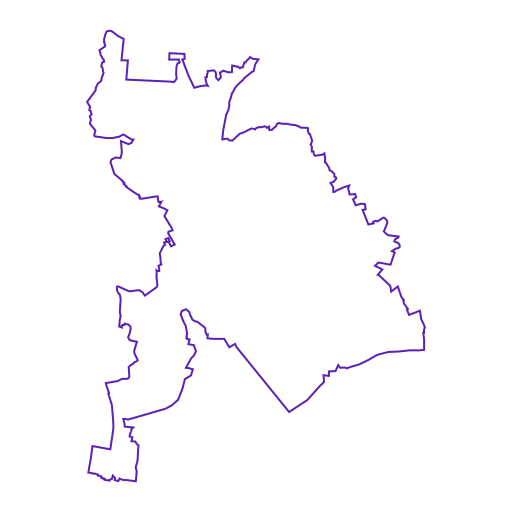 the district of Uriangato, Guanajuato, Mexico
{"feature_id": "50627088B85486599986999", "entity_name": "Uriangato", "entity_type": "district", "adm_level": 2, "iso_a3": "MEX", "parent_name": "Mexico", "parent_adm1": "Guanajuato", "projection": "albers", "projection_center": [-101.168, 20.117], "detail": "fine", "context": "isolated", "style": "outline", "palette": "violet", "viewbox_px": 512, "rotation_deg": 0, "n_neighbors": 0, "source": "geoboundaries", "source_scale": "gbopen_adm2", "svg_char_len": 5996}
<svg xmlns="http://www.w3.org/2000/svg" viewBox="0 0 512 512"><path d="M424.1,349.8L424.1,339.6L423.3,332.8L424.0,332.7L424.0,329.8L424.9,327.5L423.5,323.8L421.3,319.5L419.9,310.7L409.1,314.9L406.9,309.5L407.9,308.9L403.9,303.5L403.3,300.4L403.8,300.4L403.8,300.0L401.4,297.0L397.8,286.5L391.1,291.6L390.3,285.9L379.1,275.3L377.8,274.9L382.3,269.5L375.0,265.8L378.5,262.5L390.5,264.7L394.7,252.4L392.0,251.1L395.9,248.5L398.2,248.2L399.7,246.9L399.7,245.3L398.3,243.1L394.4,241.4L395.0,239.3L398.2,237.7L398.6,236.5L388.4,235.3L386.1,233.7L383.9,231.4L387.1,223.5L387.3,221.5L387.0,220.5L384.2,217.7L383.2,217.7L377.6,221.3L376.5,221.2L375.8,220.8L373.5,221.6L372.9,222.1L373.6,223.4L368.4,224.5L362.6,209.9L365.7,209.3L364.9,204.1L361.0,203.7L355.8,205.3L353.0,199.4L356.2,197.3L355.1,194.1L349.6,194.5L348.2,188.5L349.2,185.5L343.6,187.4L336.8,190.4L334.5,191.9L333.2,191.9L333.3,187.3L330.5,183.0L333.7,181.7L336.3,178.6L335.8,177.2L334.3,176.7L334.4,174.3L332.4,171.8L329.5,170.1L329.3,168.2L326.0,162.9L325.0,162.3L325.2,158.5L324.4,153.4L322.2,154.7L315.0,155.8L313.9,154.2L313.3,151.3L311.9,151.5L311.6,149.5L312.0,148.4L311.7,146.2L310.6,144.5L311.8,142.1L312.1,140.5L309.9,134.0L308.8,133.6L307.8,130.5L308.2,129.0L307.7,127.9L300.3,127.6L299.4,126.7L295.0,125.0L291.2,124.7L287.0,123.8L283.4,123.9L278.4,123.0L277.1,124.0L275.6,126.7L274.6,127.3L271.7,130.0L269.2,129.8L269.1,126.6L267.0,127.9L266.1,126.8L264.8,126.3L261.1,127.3L259.1,127.0L256.4,128.1L255.2,128.8L255.1,129.3L253.2,128.7L250.8,128.7L244.0,132.3L239.8,133.7L232.4,140.6L229.5,140.4L227.2,138.6L223.3,139.2L222.9,139.5L222.3,139.4L223.1,131.0L226.2,114.5L226.8,113.8L228.5,109.4L229.3,105.9L229.2,102.2L230.9,97.7L232.0,93.1L232.5,92.9L235.1,87.8L236.3,86.4L239.1,83.4L242.8,80.1L244.2,78.2L252.0,71.8L252.7,71.8L253.7,71.1L255.0,64.9L255.7,63.4L258.4,59.4L252.8,58.8L250.0,57.1L248.6,59.0L246.6,60.7L245.5,62.5L244.3,62.4L242.8,67.4L241.5,67.3L239.9,68.3L238.2,66.7L236.8,66.9L235.6,66.2L232.2,65.5L231.9,72.2L228.3,72.3L223.2,70.7L222.5,71.0L220.6,72.5L220.0,72.5L220.9,77.4L218.4,80.2L216.3,78.0L215.8,76.1L216.2,74.6L215.5,72.0L214.0,70.4L207.7,71.0L207.8,72.4L207.2,73.9L206.9,77.1L205.4,77.4L205.9,81.5L206.8,84.1L207.7,85.8L206.4,85.4L200.5,86.1L194.3,87.8L188.4,75.5L182.8,60.6L182.2,59.8L182.5,59.4L184.7,58.9L184.4,53.9L169.5,53.2L169.2,59.6L178.8,59.5L179.7,62.4L179.1,62.9L177.7,63.2L176.5,66.4L176.1,74.1L176.7,78.3L175.9,79.7L173.8,82.2L170.0,81.6L126.3,79.6L127.9,60.3L121.5,60.3L123.7,38.8L122.5,38.4L117.5,35.6L111.8,31.2L109.5,30.7L106.7,31.4L105.2,34.8L104.0,39.7L104.4,41.8L104.0,41.9L105.2,45.6L105.1,46.3L99.4,50.3L100.2,52.3L100.5,54.5L102.8,58.8L103.6,59.4L104.1,61.3L104.1,61.8L102.6,62.2L102.1,62.8L101.2,66.2L102.6,68.0L103.0,71.3L103.6,72.7L101.5,78.7L101.2,80.9L97.9,83.5L95.7,88.0L95.8,89.6L95.5,90.5L87.1,101.9L90.2,107.1L89.9,107.4L89.3,110.3L90.2,110.7L90.8,111.5L91.6,114.3L90.6,115.1L89.8,116.3L91.0,119.9L89.9,123.2L90.3,124.3L95.4,130.5L94.3,134.8L94.6,136.3L106.9,138.1L112.6,138.0L119.2,136.7L122.2,135.0L123.7,134.6L131.5,139.5L133.3,139.6L131.4,143.0L128.4,144.1L121.0,141.1L121.8,151.5L121.6,154.2L120.4,158.1L115.8,157.5L111.5,159.5L110.5,162.1L113.7,171.9L114.6,174.1L123.2,181.5L122.9,182.0L124.4,183.1L123.6,184.0L126.5,186.2L126.1,186.8L134.3,192.5L138.4,195.0L139.1,194.9L139.2,196.9L139.7,196.9L139.7,197.8L140.2,197.8L140.2,198.7L143.0,198.6L155.6,196.5L157.7,196.4L158.4,201.8L159.8,201.8L159.7,202.1L160.6,202.3L161.3,202.0L158.9,206.4L164.2,208.5L167.4,210.2L164.4,216.1L169.0,223.5L169.5,224.8L170.2,225.4L171.4,227.4L172.4,229.7L172.6,230.3L168.5,231.7L168.3,232.5L168.4,233.0L168.2,233.3L174.7,244.5L171.0,246.3L168.4,241.5L169.7,241.1L168.3,238.0L165.4,239.2L166.6,242.0L164.1,242.5L165.0,244.9L163.5,245.8L159.7,253.5L160.3,256.5L160.7,262.7L161.3,264.5L158.5,265.8L159.2,268.8L159.2,271.1L157.7,271.0L156.5,270.3L156.7,275.2L156.4,275.8L157.4,285.5L157.1,286.5L156.2,287.5L144.9,295.6L142.6,292.4L139.7,290.4L138.3,290.2L129.8,291.3L128.3,291.0L118.7,286.6L117.2,286.4L116.8,287.4L117.2,290.9L118.7,293.6L119.5,294.0L119.9,295.3L120.5,297.8L120.6,300.1L119.8,311.9L120.6,316.1L119.8,320.0L119.2,326.5L121.9,327.5L121.8,325.5L122.7,325.0L124.1,325.0L124.7,323.6L125.9,324.1L128.3,324.5L130.4,326.5L130.7,328.4L129.7,333.3L128.1,337.4L129.8,340.2L136.9,341.8L134.3,350.3L134.2,351.5L134.4,353.2L137.7,360.1L137.2,360.9L134.4,362.3L133.1,363.8L130.5,365.3L128.7,367.0L129.3,376.4L128.9,377.6L128.2,378.4L126.7,378.9L122.8,378.8L121.3,379.2L117.4,381.1L105.8,383.1L106.9,387.1L109.1,393.1L108.3,393.6L111.8,404.7L113.1,419.5L113.4,425.9L113.3,429.1L110.3,449.3L92.5,446.1L90.8,458.4L88.3,472.6L91.5,473.0L93.7,473.8L94.6,473.5L98.1,474.7L97.9,475.6L101.4,476.4L101.2,477.8L103.5,478.3L103.4,478.8L104.7,478.9L104.6,479.8L106.5,480.1L109.3,480.6L109.4,479.9L111.9,478.9L112.8,475.6L115.0,477.9L114.7,480.0L117.6,480.9L118.3,481.1L119.6,478.5L121.5,479.5L124.0,480.1L126.2,480.0L135.8,481.3L136.7,471.6L135.7,467.3L137.2,462.0L137.6,459.8L138.1,449.7L138.6,445.4L137.4,444.7L135.2,441.5L131.4,441.2L132.4,437.3L129.6,436.5L129.8,434.6L131.2,431.2L131.5,429.1L133.2,427.5L124.8,426.6L124.5,423.7L123.3,419.0L125.5,418.9L128.0,419.6L165.6,408.7L171.9,405.3L178.1,399.7L182.5,388.5L184.9,379.1L191.0,375.4L192.8,369.3L188.4,368.0L185.9,367.8L191.1,358.4L193.8,355.6L196.0,351.3L193.8,345.1L188.4,344.2L189.6,339.4L187.0,339.0L187.0,337.7L186.5,337.8L186.7,334.7L187.2,334.1L185.7,325.8L183.5,321.6L180.7,314.4L181.7,311.1L185.9,309.2L189.2,311.8L190.5,315.9L191.1,316.6L192.3,319.6L195.5,321.5L197.0,321.6L197.6,322.0L204.4,327.2L205.3,328.5L205.4,331.6L206.6,334.6L207.8,334.4L207.4,338.2L212.8,338.9L224.3,338.9L229.3,347.3L235.0,343.9L236.6,347.2L289.1,412.0L307.2,400.1L319.7,386.2L324.0,382.0L323.5,375.2L329.0,375.9L328.9,371.4L335.5,371.1L338.2,365.1L340.3,367.8L344.8,367.5L346.8,368.3L351.3,366.7L359.0,364.5L367.9,360.2L376.2,355.4L379.1,354.3L388.3,352.0L398.7,351.5L410.0,350.3L419.9,350.3L424.1,349.8Z" fill="none" stroke="#5b21b6" stroke-width="2"/></svg>